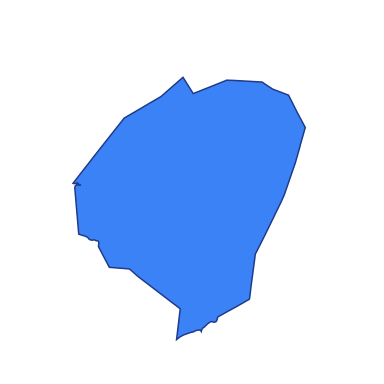 Songino, Dzavhan, Mongolia (Equal Earth projection), rotated 302°
{"feature_id": "93677404B94463356212555", "entity_name": "Songino", "entity_type": "district", "adm_level": 2, "iso_a3": "MNG", "parent_name": "Mongolia", "parent_adm1": "Dzavhan", "projection": "equal_earth", "projection_center": [95.763, 48.99], "detail": "fine", "context": "isolated", "style": "filled", "palette": "blue", "viewbox_px": 384, "rotation_deg": 302, "n_neighbors": 0, "source": "geoboundaries", "source_scale": "gbopen_adm2", "svg_char_len": 2529}
<svg xmlns="http://www.w3.org/2000/svg" viewBox="0 0 384 384"><g transform="rotate(302 192 192)"><path d="M136.3,86.5L136.5,87.3L136.8,87.8L137.1,88.5L137.9,89.1L138.0,89.2L137.9,89.3L137.8,89.6L138.0,89.6L138.8,89.7L139.0,89.8L139.1,90.0L139.0,90.3L138.8,90.7L138.4,90.9L137.9,91.1L137.7,91.2L138.0,91.5L138.5,91.9L138.6,92.1L138.6,92.3L138.6,92.5L138.8,92.9L138.9,93.1L138.9,93.5L138.7,93.7L138.4,93.5L138.2,93.0L138.1,92.5L138.0,92.3L137.7,92.0L137.6,91.9L137.6,91.5L137.4,91.2L137.1,90.8L136.6,90.4L136.1,90.3L135.9,90.2L135.6,89.9L135.4,89.8L134.9,89.9L134.2,90.1L133.4,90.4L131.8,91.6L96.2,118.3L98.0,125.1L98.2,127.0L98.1,128.1L97.4,130.0L97.7,131.6L97.9,132.2L98.2,132.8L98.7,133.5L99.4,134.2L99.7,134.5L99.8,135.0L99.8,135.4L99.8,136.1L99.9,136.7L100.4,137.5L100.6,137.9L100.6,138.4L100.4,139.1L99.6,139.8L98.5,140.4L96.1,141.6L84.3,161.8L93.6,179.7L91.7,191.2L86.7,243.9L58.7,257.1L59.0,257.2L61.1,258.0L63.1,258.8L64.4,259.5L65.6,260.2L66.7,260.9L68.2,262.1L70.2,263.7L71.2,264.5L72.5,265.5L73.8,267.0L74.3,267.5L74.7,267.7L75.4,268.0L76.3,268.6L77.4,269.5L78.7,271.2L79.2,271.9L79.2,272.2L79.2,272.4L79.1,272.8L79.0,273.1L78.6,273.8L80.5,273.2L80.9,273.2L81.4,273.1L82.3,273.3L82.9,273.5L83.9,274.0L84.6,274.1L85.7,274.4L87.7,274.9L89.0,275.3L90.5,275.9L91.4,276.3L91.9,276.7L92.3,277.0L92.5,277.3L92.6,277.7L92.8,278.3L93.1,279.4L93.6,280.1L94.0,280.5L94.6,280.9L95.2,281.1L96.0,281.1L96.5,281.0L97.1,280.9L97.5,280.8L98.3,280.5L98.9,280.3L99.9,280.2L110.7,286.1L110.9,286.3L124.0,293.5L127.4,295.3L131.5,297.5L135.6,295.7L139.8,293.7L142.8,292.3L160.4,284.3L163.5,282.9L167.7,281.0L167.8,281.0L169.6,280.1L172.9,278.6L177.8,278.2L195.2,276.6L211.3,274.9L211.7,274.9L218.4,274.1L218.5,274.1L225.7,273.4L226.1,273.3L228.3,273.1L228.8,273.0L230.4,272.9L238.8,271.7L271.8,264.1L288.3,259.3L289.0,259.0L306.7,253.9L308.0,251.7L308.2,251.3L309.6,248.9L309.9,248.4L311.5,245.6L312.1,244.5L313.7,241.8L313.7,241.7L316.3,237.3L316.5,237.0L316.9,236.4L317.2,235.8L318.4,233.9L319.3,232.4L319.5,232.0L320.3,230.8L320.5,230.5L325.3,222.5L324.8,220.2L323.4,212.9L323.3,212.4L322.8,210.0L322.0,205.9L322.0,205.1L322.1,202.9L322.1,199.9L322.4,193.2L309.2,169.1L306.4,164.2L306.2,164.0L305.3,162.2L303.4,160.9L302.2,160.0L299.4,158.0L295.5,155.1L294.9,154.7L294.6,154.5L293.5,153.7L288.6,150.1L288.4,149.9L276.1,140.9L284.5,123.6L284.3,123.5L256.5,115.1L243.8,108.4L243.6,108.3L243.1,108.1L218.7,95.3L215.7,95.0L187.7,91.9L167.7,89.7L161.2,89.1L156.9,88.6L136.3,86.5Z" fill="#3b82f6" stroke="#1e3a8a" stroke-width="1.5"/></g></svg>